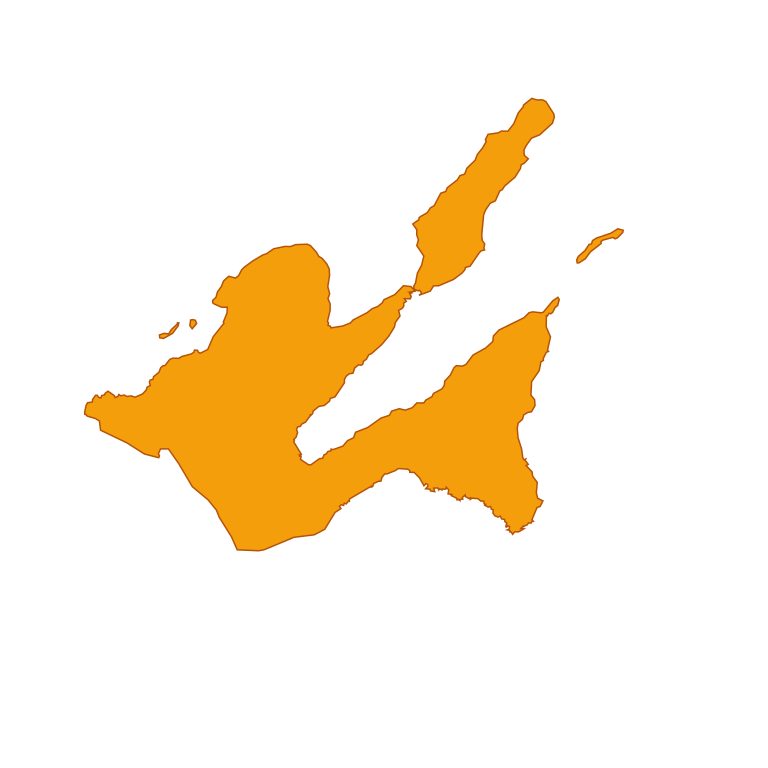 the district of Southern Leyte, Southern Leyte, Philippines, rotated 244°
{"feature_id": "2640588B85389361952197", "entity_name": "Southern Leyte", "entity_type": "district", "adm_level": 2, "iso_a3": "PHL", "parent_name": "Philippines", "parent_adm1": "Southern Leyte", "projection": "robinson", "projection_center": [125.101, 10.248], "detail": "fine", "context": "isolated", "style": "filled", "palette": "amber", "viewbox_px": 768, "rotation_deg": 244, "n_neighbors": 0, "source": "geoboundaries", "source_scale": "gbopen_adm2", "svg_char_len": 6163}
<svg xmlns="http://www.w3.org/2000/svg" viewBox="0 0 768 768"><g transform="rotate(244 384 384)"><path d="M192.5,433.7L193.8,436.7L192.1,440.2L192.5,446.2L194.1,443.6L195.2,446.6L193.9,447.3L195.0,447.1L194.6,450.9L195.8,453.0L194.5,455.2L195.6,456.6L195.1,458.0L197.3,457.6L205.9,467.4L205.5,470.7L209.3,475.6L214.0,472.0L219.4,473.2L228.4,478.6L236.0,477.2L240.1,478.6L248.4,475.9L248.5,478.4L253.6,477.4L254.4,478.4L254.5,476.7L256.8,476.4L265.3,479.2L276.9,480.9L285.7,484.3L290.0,487.4L291.6,493.0L295.0,496.0L295.4,500.7L294.4,504.4L298.4,510.3L303.9,512.5L309.6,511.2L321.4,517.7L328.0,529.4L335.1,534.7L335.3,537.6L337.0,538.3L341.4,543.8L341.1,546.1L342.7,545.8L353.4,554.3L364.2,554.8L374.2,559.9L373.5,560.6L375.2,563.4L374.0,564.7L374.5,567.1L377.7,571.2L378.4,574.5L383.1,578.5L385.7,578.3L384.8,572.2L378.8,558.9L378.9,556.8L383.6,549.4L384.5,545.7L382.2,539.0L382.1,511.0L379.2,503.4L374.5,500.4L371.8,491.2L371.0,476.7L365.7,466.4L365.7,462.3L368.8,457.0L367.8,453.8L362.9,447.5L360.0,439.9L356.1,437.4L354.2,433.8L353.8,424.3L351.6,421.6L351.2,414.4L349.5,411.6L352.6,405.2L350.3,399.1L351.2,391.6L355.1,386.9L356.3,379.0L353.5,375.2L354.7,366.4L352.0,350.2L353.1,337.3L349.0,333.0L349.1,326.4L346.2,319.8L347.4,309.4L348.7,307.9L347.2,307.1L347.9,304.0L346.4,301.2L346.7,299.2L344.1,296.2L345.2,293.3L343.4,282.8L344.4,280.8L352.8,275.9L355.2,277.7L356.5,275.9L356.1,277.8L356.4,276.9L356.6,278.1L356.8,278.4L356.7,278.1L357.3,277.4L357.1,278.9L371.5,277.5L372.8,278.9L373.7,278.6L374.6,281.5L378.3,285.1L381.6,285.5L383.3,287.6L382.6,290.2L384.1,292.7L384.1,296.6L387.7,303.6L389.3,304.4L387.8,304.2L388.7,306.9L390.7,308.4L392.4,315.5L390.9,321.0L392.5,327.6L394.6,329.3L393.9,334.3L402.3,348.8L405.6,350.6L407.6,353.5L408.4,357.3L407.3,360.9L411.2,364.6L412.4,369.5L410.9,371.7L411.0,373.4L413.4,375.6L414.0,379.1L416.9,383.0L416.8,386.0L420.4,399.2L425.0,409.4L430.6,418.3L434.4,421.3L438.1,428.2L443.8,429.4L444.0,433.6L445.3,435.9L448.1,437.2L448.5,440.3L451.8,439.6L449.0,445.1L451.0,446.9L453.8,446.7L453.7,448.6L455.4,447.1L453.8,452.6L459.7,451.0L463.8,444.6L459.6,432.8L459.8,421.0L457.7,418.0L456.4,412.3L456.9,406.3L455.5,400.0L455.1,384.3L453.6,380.6L454.2,372.4L457.7,360.9L459.4,361.2L461.2,359.4L463.2,360.9L465.0,360.6L473.7,367.8L479.6,370.7L485.3,371.1L488.9,374.7L496.2,376.2L505.5,382.7L511.4,385.2L517.1,385.2L524.1,383.4L527.4,381.3L532.2,381.0L540.8,378.5L543.4,376.1L548.0,365.7L548.6,360.0L551.0,355.5L553.9,344.1L552.6,335.7L553.1,331.2L552.1,319.8L550.2,309.4L548.9,305.9L545.2,301.0L544.3,297.1L548.9,291.6L546.9,284.9L543.1,280.8L539.7,274.6L535.6,271.0L534.2,266.5L531.8,265.7L530.2,266.6L524.1,271.8L521.7,276.8L516.6,274.0L510.1,266.7L508.8,266.8L501.4,251.3L492.3,240.7L492.2,232.5L493.5,231.2L496.0,231.2L497.6,228.5L495.9,227.1L495.5,223.8L497.4,214.3L497.0,210.9L499.8,205.6L500.0,202.2L496.6,195.3L497.3,193.2L496.5,190.4L493.2,186.9L491.6,180.1L489.5,178.4L490.0,175.6L488.7,174.0L485.1,173.3L485.0,169.6L482.9,167.8L480.9,162.6L481.3,154.3L484.0,151.8L485.6,147.3L487.9,145.8L488.9,142.1L490.8,141.2L489.5,139.2L489.7,136.4L491.8,136.5L498.5,132.8L497.9,129.3L496.7,128.2L497.4,125.2L495.6,123.3L497.0,121.7L499.6,121.3L500.3,119.8L497.8,115.3L495.7,114.0L497.1,109.4L495.5,107.0L489.8,102.5L487.2,101.6L488.0,102.4L485.1,103.3L479.7,109.3L475.6,112.0L466.7,109.0L443.7,127.2L426.1,138.0L416.5,149.2L417.8,150.7L420.3,150.7L423.6,154.7L420.2,161.8L402.6,164.6L375.8,166.7L357.0,175.1L344.2,178.1L336.4,177.5L313.6,179.9L299.3,179.4L289.1,198.2L287.6,203.3L285.7,235.8L279.0,255.3L279.4,267.1L290.0,283.6L290.9,290.7L293.5,290.2L294.2,292.7L292.6,294.5L294.3,296.0L292.8,297.5L294.4,301.0L293.8,301.5L295.8,302.6L297.6,326.0L296.8,327.7L297.8,327.9L297.1,329.2L299.1,331.1L299.0,336.4L298.0,338.7L300.9,341.1L302.9,345.3L301.9,347.2L301.2,356.4L301.8,359.7L297.1,367.9L295.1,369.2L293.3,368.5L291.3,372.4L283.9,374.8L275.0,375.3L276.1,378.0L274.4,379.3L272.9,378.7L271.6,375.5L269.3,379.2L267.5,378.9L265.0,382.4L268.6,383.0L267.0,386.8L264.7,386.8L265.4,387.8L263.4,389.7L264.1,390.1L262.4,393.5L263.9,394.7L260.6,395.8L257.2,393.4L254.9,396.6L254.2,395.5L249.7,399.1L247.8,398.9L248.1,399.8L245.9,401.2L246.9,401.6L246.0,404.4L247.6,404.6L248.7,408.3L247.1,407.8L243.8,410.1L243.8,411.8L242.5,411.0L242.8,413.0L239.7,418.3L236.5,419.5L234.9,422.3L232.4,421.5L231.3,422.6L230.8,421.4L227.7,423.7L227.2,426.1L224.5,425.6L223.1,427.0L220.3,425.3L216.7,426.0L214.4,428.2L214.3,430.6L211.1,430.6L209.5,433.0L207.3,432.3L205.4,433.4L202.3,430.9L201.6,431.6L202.5,433.1L200.9,434.3L198.6,432.7L198.8,430.9L197.0,433.0L195.8,432.3L195.0,433.5L192.5,433.7ZM521.0,607.0L523.1,612.4L527.8,610.4L529.9,611.0L533.1,612.5L536.0,616.4L540.3,624.4L539.7,633.2L544.6,649.8L549.4,654.2L552.3,655.0L567.0,653.3L569.9,651.0L572.3,645.9L575.9,642.1L573.6,631.7L572.2,630.8L568.8,623.5L561.0,614.7L556.9,606.1L559.9,600.4L559.6,597.0L562.8,586.9L559.2,582.3L557.0,582.0L552.9,576.0L549.5,568.7L545.2,564.0L541.6,553.1L537.3,548.5L538.0,543.5L535.4,539.6L532.7,527.0L530.0,523.9L530.6,518.6L522.3,507.3L522.0,503.0L519.0,497.9L518.5,490.2L518.1,488.4L516.4,487.4L515.2,480.0L508.2,481.1L503.8,478.8L498.4,478.1L494.0,474.1L481.5,475.9L474.3,469.9L469.0,462.6L461.1,456.7L458.8,453.5L455.7,452.7L452.7,455.6L452.7,456.9L450.1,457.7L448.9,457.0L448.4,454.3L447.2,466.3L450.5,471.6L448.3,476.3L447.5,492.3L449.5,502.8L451.3,506.9L453.1,508.3L452.1,512.9L460.2,527.2L461.1,529.5L460.4,533.2L462.5,533.4L465.7,535.9L470.0,535.2L475.3,537.3L492.5,547.8L495.8,551.5L499.9,558.6L499.8,564.4L506.7,572.6L506.8,575.5L509.0,579.1L512.5,592.5L517.8,601.0L520.8,603.3L521.0,607.0ZM415.8,623.1L413.5,614.6L411.1,611.6L408.1,610.7L407.4,612.4L408.3,619.9L412.3,627.5L415.1,640.8L416.9,641.4L417.4,643.7L415.4,654.0L413.2,655.3L413.0,657.8L415.5,665.0L417.3,666.4L421.0,662.2L420.1,654.0L422.0,639.0L421.5,634.3L419.0,631.9L419.5,629.4L415.8,623.1ZM528.5,224.5L526.2,216.8L523.4,212.4L525.9,208.6L526.5,203.6L523.8,202.7L521.6,205.8L522.2,216.2L526.5,224.5L529.0,226.4L529.6,225.2L528.5,224.5ZM526.3,238.2L521.6,235.1L517.7,235.8L520.5,242.1L523.9,242.4L525.7,240.4L526.3,238.2Z" fill="#f59e0b" stroke="#b45309" stroke-width="1.5"/></g></svg>